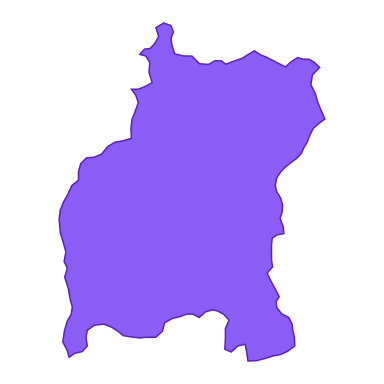 the district of Reduto, Minas Gerais, Brazil
{"feature_id": "56859067B4238114789990", "entity_name": "Reduto", "entity_type": "district", "adm_level": 2, "iso_a3": "BRA", "parent_name": "Brazil", "parent_adm1": "Minas Gerais", "projection": "albers", "projection_center": [-41.937, -20.233], "detail": "fine", "context": "isolated", "style": "filled", "palette": "violet", "viewbox_px": 384, "rotation_deg": 0, "n_neighbors": 0, "source": "geoboundaries", "source_scale": "gbopen_adm2", "svg_char_len": 1963}
<svg xmlns="http://www.w3.org/2000/svg" viewBox="0 0 384 384"><path d="M297.6,57.6L290.5,62.2L285.5,66.9L276.7,62.5L267.3,57.6L259.7,54.4L254.4,50.8L249.3,53.8L242.5,58.1L233.7,61.2L225.8,64.2L221.1,60.8L214.8,60.8L208.6,64.4L199.6,63.8L192.0,56.1L183.2,55.9L174.6,53.8L171.8,44.5L171.0,38.4L173.4,32.0L171.0,25.6L163.7,23.0L155.9,27.7L158.7,36.5L154.3,44.1L150.2,48.4L144.3,49.2L139.9,54.4L145.9,56.1L149.7,62.5L149.0,72.3L152.1,82.6L144.9,86.6L138.3,89.2L131.4,89.3L135.8,95.2L138.3,102.6L135.3,111.2L132.0,119.3L130.9,128.7L131.4,138.4L122.1,141.0L115.1,142.1L107.9,146.4L101.6,154.1L94.3,157.2L86.5,157.8L80.7,163.7L78.5,171.8L78.5,180.2L71.9,185.4L67.5,195.0L63.1,202.9L60.3,209.9L59.1,219.2L59.7,225.6L60.3,232.7L63.3,242.6L65.9,252.0L64.1,261.4L67.3,268.1L64.7,277.1L68.4,288.8L70.1,298.9L72.3,306.8L71.3,314.1L67.3,321.1L64.5,330.5L62.8,342.0L67.2,350.3L69.1,357.2L74.7,353.3L82.2,351.6L87.3,345.9L86.0,337.9L87.3,330.2L94.5,325.2L103.8,324.1L111.7,327.2L118.6,331.8L123.3,335.6L132.4,337.1L139.6,337.9L146.4,337.3L155.8,337.3L162.4,331.1L164.6,322.8L172.2,318.5L180.0,316.6L186.4,314.2L192.8,314.1L199.2,317.5L205.4,311.9L212.6,309.8L218.2,311.2L224.2,314.7L229.0,320.1L225.4,328.5L225.4,338.3L224.8,349.2L231.1,352.0L237.8,346.0L245.2,344.3L246.6,351.6L248.0,361.0L256.8,360.6L266.0,358.2L273.2,355.9L280.3,354.6L287.6,351.3L294.8,345.9L294.4,337.5L292.9,330.5L292.0,323.9L288.8,317.5L281.6,313.8L277.0,307.8L276.0,301.8L279.2,296.8L275.7,289.7L270.9,281.1L267.2,273.1L272.6,266.9L271.6,261.0L271.5,254.3L271.5,244.7L272.2,238.3L277.0,234.9L283.9,233.6L283.1,226.3L280.1,218.5L282.3,211.2L282.6,205.0L280.7,198.2L276.7,191.6L275.3,185.4L276.7,177.9L280.3,172.5L284.2,168.1L290.1,163.2L296.3,158.7L301.1,153.7L303.9,147.7L307.1,142.3L309.9,135.0L313.3,128.4L319.0,123.3L324.9,119.0L321.2,110.6L318.0,102.9L315.3,93.6L310.9,84.7L312.4,74.9L319.6,67.5L314.3,62.3L309.0,59.3L303.1,59.1L297.6,57.6Z" fill="#8b5cf6" stroke="#5b21b6" stroke-width="1.5"/></svg>